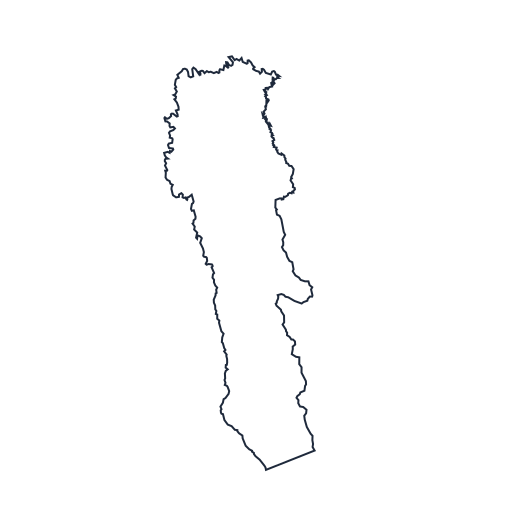 Puerto Libertador, Córdoba, Colombia, rotated 332°
{"feature_id": "7082276B17720170478465", "entity_name": "Puerto Libertador", "entity_type": "district", "adm_level": 2, "iso_a3": "COL", "parent_name": "Colombia", "parent_adm1": "Córdoba", "projection": "equal_earth", "projection_center": [-75.744, 7.691], "detail": "fine", "context": "isolated", "style": "outline", "palette": "slate", "viewbox_px": 512, "rotation_deg": 332, "n_neighbors": 0, "source": "geoboundaries", "source_scale": "gbopen_adm2", "svg_char_len": 6071}
<svg xmlns="http://www.w3.org/2000/svg" viewBox="0 0 512 512"><g transform="rotate(332 256 256)"><path d="M291.0,310.0L289.6,306.9L290.4,303.0L287.3,301.3L284.2,298.1L283.8,295.2L281.7,291.7L281.3,286.7L282.9,285.4L285.1,278.5L283.2,276.0L283.1,271.4L284.1,267.0L283.0,264.0L283.1,260.3L285.1,259.2L286.5,256.7L287.1,253.9L291.7,251.0L291.8,247.8L295.6,235.5L295.7,231.6L293.9,229.3L295.2,225.0L296.2,224.8L295.8,222.3L299.6,215.7L304.1,216.3L305.6,217.1L305.2,218.2L306.8,218.7L308.5,216.7L309.5,217.5L312.7,217.3L313.6,216.1L315.6,216.1L316.9,217.4L317.9,216.4L318.8,217.5L319.4,216.1L321.6,215.5L322.1,214.1L320.9,212.5L322.5,210.1L322.0,205.5L323.3,204.1L324.1,204.3L324.1,202.8L327.0,200.9L330.0,197.0L329.6,193.2L327.7,192.0L327.6,189.6L326.3,188.0L326.9,187.2L327.0,184.7L327.8,183.9L327.5,182.1L328.2,180.6L326.7,177.5L325.9,178.5L323.9,176.0L323.7,174.1L324.5,172.9L323.9,172.7L323.8,171.3L325.1,170.0L322.9,168.1L323.6,167.4L323.3,166.5L324.0,166.5L323.5,164.6L324.6,163.8L324.5,162.3L326.6,162.1L326.9,160.1L326.2,159.5L325.8,157.7L326.5,156.8L327.5,157.2L327.2,156.0L327.9,155.8L327.9,154.8L326.9,153.5L328.4,151.9L327.7,150.4L328.4,150.2L327.9,148.7L328.3,147.1L328.7,147.9L329.7,147.3L330.3,147.9L330.3,145.6L329.7,146.1L328.7,144.9L329.1,143.8L328.4,143.3L328.2,143.9L327.8,141.9L328.4,140.8L329.0,141.3L329.8,140.4L328.8,139.7L329.6,139.4L329.9,138.1L329.4,138.4L328.4,138.0L328.8,137.4L327.5,137.2L328.4,136.4L327.9,135.6L328.4,133.8L328.7,134.9L329.8,134.6L330.4,134.2L330.3,132.2L333.6,131.1L334.2,128.7L335.0,128.8L335.1,127.8L335.9,127.7L338.1,123.8L339.0,124.0L338.0,125.8L340.3,124.6L340.5,123.6L338.8,121.7L339.4,120.5L339.1,119.3L340.9,119.1L340.2,117.8L341.1,117.8L341.1,116.5L342.0,116.1L341.5,114.9L342.2,114.8L340.9,114.8L340.9,113.0L342.7,113.5L343.4,112.2L344.8,112.7L344.9,114.3L347.0,113.1L349.7,113.9L350.2,112.0L350.7,113.2L351.5,112.7L350.9,109.5L351.8,111.3L352.6,109.9L353.0,110.1L352.2,112.6L353.5,112.2L353.3,109.9L354.6,109.1L353.4,108.1L354.5,106.3L355.0,106.8L354.8,108.2L356.4,109.2L358.0,108.7L359.5,109.4L358.9,108.0L359.3,106.7L360.9,107.8L360.2,106.1L358.8,105.2L359.1,102.1L358.6,101.1L356.8,100.8L354.3,102.7L350.6,98.9L350.5,95.3L349.8,93.9L348.8,93.6L347.7,96.1L345.2,96.9L345.1,94.5L343.0,92.6L341.2,89.8L341.5,89.1L343.4,88.6L342.5,86.2L342.5,82.8L341.5,79.8L340.4,79.5L339.1,81.8L338.1,81.9L335.4,78.4L336.2,74.4L333.0,75.6L331.3,72.9L329.1,73.0L328.5,68.4L325.2,67.5L326.6,74.1L325.0,76.2L323.4,76.4L321.9,75.0L321.7,71.6L320.6,70.8L320.0,72.2L320.0,77.3L318.3,73.6L317.5,72.9L314.5,76.5L311.9,74.2L310.8,74.9L309.8,76.8L308.8,76.8L307.7,75.0L304.6,74.7L302.5,72.0L300.6,71.6L299.4,69.7L296.4,70.4L296.0,67.7L295.2,67.0L292.2,66.7L291.9,68.9L292.7,68.2L292.5,69.1L292.0,69.8L291.1,69.4L290.4,62.6L289.2,60.3L287.4,61.1L284.9,67.9L282.2,67.6L280.9,65.6L282.4,61.6L282.4,58.8L281.1,57.2L279.3,56.7L277.2,58.0L271.6,59.1L271.4,62.4L269.5,62.1L267.8,62.8L264.7,66.8L264.8,69.4L263.1,69.9L263.3,73.6L260.5,75.4L258.8,75.2L260.2,77.7L259.0,79.3L257.5,79.3L258.2,83.4L257.6,87.9L256.4,90.5L253.6,89.9L253.2,94.2L252.5,95.8L251.5,95.7L249.6,91.4L248.3,90.7L247.4,90.9L246.7,92.6L243.6,93.4L241.7,93.0L240.7,90.8L239.9,91.2L239.2,94.6L240.6,95.4L242.0,98.4L240.7,100.6L240.7,102.2L243.7,103.2L244.3,105.3L242.1,106.0L238.5,105.6L237.0,106.4L236.7,109.3L235.4,111.0L237.3,112.8L237.2,113.8L235.1,116.7L231.8,115.8L230.4,116.7L229.9,119.8L233.1,122.1L232.9,123.2L230.2,124.2L229.3,122.9L228.2,124.4L226.9,122.6L223.3,121.8L222.7,124.4L223.0,126.9L223.9,128.6L221.7,127.7L220.6,128.4L220.0,129.5L220.2,131.9L218.1,133.4L218.0,138.5L217.3,138.9L215.9,138.1L215.5,140.1L213.0,144.2L213.2,146.9L214.9,149.3L214.4,152.0L215.9,154.1L214.0,155.4L212.8,157.1L211.4,162.5L211.3,163.5L213.0,166.7L215.7,167.6L216.9,165.6L219.6,165.5L220.2,167.5L218.7,169.7L219.6,170.9L221.2,171.2L221.1,173.4L221.5,174.1L222.1,173.6L222.4,172.0L224.5,172.4L228.0,171.7L226.5,178.6L225.3,179.7L223.9,179.9L220.7,183.9L220.6,186.0L222.5,186.5L221.1,193.0L220.0,194.7L217.6,195.3L216.3,197.4L215.2,197.6L215.7,201.3L213.8,203.6L215.1,207.7L211.7,211.7L212.1,213.1L213.7,210.8L214.6,210.9L215.9,212.5L216.5,214.8L212.9,218.2L212.7,224.5L211.8,228.1L209.5,231.0L209.8,232.3L211.5,233.6L211.7,234.5L210.6,237.4L207.9,239.3L208.3,240.5L210.3,240.8L213.1,242.7L213.2,243.9L212.8,244.8L211.5,245.1L211.0,251.4L209.4,252.0L207.4,254.7L207.8,257.3L206.5,259.5L206.2,263.0L206.9,265.7L205.0,267.1L203.9,270.1L202.8,270.1L201.8,271.8L198.2,274.7L196.9,277.5L196.7,280.5L195.0,284.0L195.2,285.9L193.3,288.3L194.3,289.5L192.3,293.2L193.3,295.8L192.0,297.6L190.1,306.2L190.9,309.4L188.0,312.0L185.4,316.0L185.8,317.4L184.7,322.4L184.9,324.6L183.1,325.2L183.8,329.3L182.9,330.2L182.1,333.4L180.5,336.6L179.1,338.4L178.2,338.1L176.8,340.3L177.8,342.8L175.4,343.2L173.4,345.1L171.3,349.6L170.0,350.7L169.5,353.7L167.9,355.2L169.3,356.9L169.5,358.1L168.9,362.7L167.0,364.9L162.3,367.1L160.2,367.2L157.9,370.0L153.9,372.3L153.6,375.1L152.4,375.7L151.5,377.9L151.5,379.1L152.6,380.1L151.1,386.0L151.9,391.6L154.6,394.8L155.7,399.5L157.8,401.0L157.3,401.9L157.8,404.6L159.7,408.1L158.6,410.8L157.8,418.7L159.3,423.5L161.1,426.1L160.6,426.9L161.7,428.8L161.2,429.9L161.6,432.6L163.6,437.5L165.0,445.2L165.1,447.2L164.4,449.5L216.4,455.3L216.3,451.2L218.1,448.8L219.3,445.1L221.5,441.3L220.8,438.6L220.6,430.8L222.2,423.4L223.6,419.7L226.4,418.4L228.4,415.5L226.8,411.5L224.2,409.5L224.2,405.8L225.8,403.2L225.2,400.2L226.7,399.1L229.7,398.6L231.1,397.3L235.5,397.7L238.4,393.7L239.9,392.9L241.3,389.9L241.4,380.4L244.0,375.6L243.4,371.8L246.7,365.8L244.0,363.8L241.5,359.5L244.7,355.6L245.9,353.2L249.0,352.6L250.3,349.7L249.5,347.2L248.0,346.3L247.7,343.2L246.2,340.5L247.5,338.3L247.2,336.6L247.8,335.1L247.3,329.0L249.7,327.8L252.8,321.7L252.3,316.8L252.8,315.1L250.8,309.5L251.0,307.4L252.4,307.0L253.0,305.9L255.4,304.1L256.6,302.4L256.8,300.7L260.5,301.5L262.3,303.4L262.9,305.8L265.1,307.6L268.9,313.8L274.0,319.4L276.3,319.0L280.3,319.6L281.6,318.2L284.5,317.1L286.5,318.2L287.4,317.2L288.9,311.4L291.0,310.0Z" fill="none" stroke="#1e293b" stroke-width="2"/></g></svg>